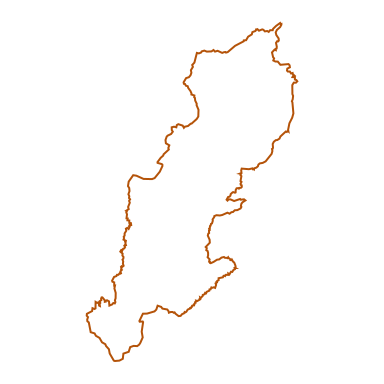 outline of Santa Rosa Del Sur, Bolívar, Colombia
{"feature_id": "7082276B21319796766403", "entity_name": "Santa Rosa Del Sur", "entity_type": "district", "adm_level": 2, "iso_a3": "COL", "parent_name": "Colombia", "parent_adm1": "Bolívar", "projection": "robinson", "projection_center": [-74.241, 7.761], "detail": "fine", "context": "isolated", "style": "outline", "palette": "amber", "viewbox_px": 384, "rotation_deg": 0, "n_neighbors": 0, "source": "geoboundaries", "source_scale": "gbopen_adm2", "svg_char_len": 5990}
<svg xmlns="http://www.w3.org/2000/svg" viewBox="0 0 384 384"><path d="M162.4,308.6L167.3,309.5L168.5,311.1L168.9,312.7L170.8,312.0L172.6,312.0L173.8,312.8L174.6,312.4L175.5,313.7L178.6,316.1L180.6,315.9L182.1,314.1L183.9,313.4L184.6,312.1L185.1,312.5L186.3,311.8L187.7,309.6L190.6,308.3L190.3,307.8L191.9,306.9L192.1,305.8L192.9,305.7L193.7,304.6L194.2,305.0L195.1,302.4L195.5,302.5L195.5,301.7L196.5,301.3L196.3,300.7L197.3,301.0L200.1,299.4L199.8,298.7L200.4,298.5L200.2,297.5L200.8,297.9L202.8,295.8L202.8,294.9L204.7,294.2L205.1,292.9L206.1,293.3L206.7,291.8L209.3,290.7L209.5,289.4L210.6,289.3L211.4,287.4L212.4,287.8L213.8,287.3L215.1,287.9L216.1,284.9L215.6,283.5L216.2,283.3L216.3,282.1L217.1,282.1L217.2,280.9L218.6,280.2L218.6,278.2L222.9,277.3L223.5,275.9L224.2,275.6L225.1,276.1L225.9,274.8L228.4,274.9L228.3,273.5L229.5,274.3L231.0,271.7L232.3,271.9L233.4,270.0L234.9,269.2L234.6,268.0L235.5,268.0L235.0,267.7L235.6,266.8L235.4,265.5L234.2,262.5L233.1,261.7L231.9,259.6L231.5,260.2L230.5,260.1L230.6,259.5L229.0,258.2L227.9,258.2L227.9,257.4L227.2,257.9L224.9,257.8L224.0,257.0L221.5,257.6L219.2,259.4L217.0,259.7L213.6,261.9L210.7,263.2L210.0,262.9L210.0,262.0L209.1,261.7L209.6,259.4L207.6,257.2L208.1,255.6L208.1,252.8L207.6,251.0L206.3,250.2L206.8,248.1L205.7,247.0L209.8,242.7L209.6,239.7L207.8,235.6L208.3,233.6L209.1,233.1L209.0,230.3L209.8,229.9L209.2,228.6L209.8,228.3L210.0,226.0L210.6,225.7L211.0,223.9L212.0,223.4L212.8,220.8L212.6,219.4L214.2,217.1L214.3,216.1L216.5,215.2L219.8,215.5L222.2,215.0L227.4,212.7L229.6,213.7L231.4,212.2L233.0,212.0L234.7,210.3L237.4,210.1L240.6,208.4L241.4,206.9L240.9,206.0L241.4,203.7L242.5,202.3L245.4,200.4L244.0,199.3L240.7,199.7L240.1,199.0L234.1,201.0L230.5,199.4L228.6,199.4L227.5,200.6L226.6,199.7L228.1,197.0L229.5,196.7L230.4,195.7L230.7,194.1L232.3,192.6L233.1,192.1L235.0,192.7L235.6,192.4L235.7,190.0L236.6,188.3L238.3,188.1L238.9,188.6L239.4,187.9L240.9,187.8L241.8,186.9L241.7,185.3L240.8,184.9L240.5,183.9L241.5,181.9L240.5,181.1L241.4,176.1L240.5,175.1L241.0,173.8L239.9,173.6L241.5,173.0L241.2,170.4L241.7,168.6L248.9,169.2L252.4,168.4L252.7,169.0L253.4,168.4L253.1,168.8L254.0,169.5L254.3,168.3L256.4,167.6L257.9,166.3L258.4,164.6L259.8,163.4L262.7,162.9L265.6,161.4L271.6,153.9L272.4,151.0L272.0,149.0L272.7,148.7L273.0,147.5L272.7,144.0L273.8,141.8L275.7,140.2L277.3,140.0L279.5,138.6L280.4,136.5L285.8,131.5L286.8,132.0L287.8,130.9L288.4,131.4L288.1,129.8L289.4,123.3L292.2,117.7L293.4,113.4L292.4,102.3L291.9,101.3L292.7,99.3L293.1,95.9L292.4,94.1L292.3,85.1L293.8,82.6L295.9,82.7L297.3,81.3L296.4,80.1L294.9,79.5L294.9,77.2L292.5,77.1L293.3,75.5L294.2,75.4L292.8,74.1L292.6,73.0L291.1,73.5L289.8,71.5L287.8,71.5L287.0,70.6L287.3,68.6L289.9,67.3L289.6,65.3L288.5,64.1L280.4,64.8L277.8,61.6L275.3,61.5L273.3,60.5L274.1,58.4L273.1,57.2L272.0,52.4L274.4,49.8L275.8,50.2L275.6,48.9L276.6,48.5L276.8,46.7L276.0,42.9L277.2,41.2L278.1,41.4L278.8,40.6L278.6,38.4L276.3,35.0L275.7,32.4L276.9,29.9L280.1,27.1L281.4,24.7L281.4,23.9L280.6,24.1L280.1,23.0L276.1,25.9L273.1,28.8L272.7,30.2L270.1,30.2L268.7,31.9L267.2,31.0L264.9,31.4L263.4,29.8L262.2,29.4L259.0,30.7L257.5,29.2L256.7,29.7L256.2,29.4L255.4,31.0L252.4,32.1L251.8,34.4L248.1,36.7L246.1,40.2L243.8,40.4L243.7,41.3L235.1,45.8L227.7,52.1L226.0,52.6L225.4,52.0L224.0,52.2L222.2,52.9L217.6,50.8L215.0,51.6L213.5,50.0L211.5,51.4L206.8,51.6L204.3,50.6L201.7,51.4L201.1,52.5L198.9,53.4L196.9,52.9L194.4,62.6L192.2,65.0L192.9,66.9L190.9,70.2L191.4,72.8L190.5,75.3L188.9,77.2L186.1,78.1L183.6,82.3L183.9,83.8L185.0,84.0L185.9,85.7L187.7,86.2L188.2,87.9L190.5,91.1L191.5,93.5L191.4,94.5L194.4,95.5L194.2,97.3L194.9,97.9L195.2,100.6L196.7,103.7L196.6,105.2L198.5,109.8L198.3,116.5L196.8,118.9L191.6,123.6L190.7,123.7L188.0,126.0L184.8,126.7L183.9,127.8L182.7,125.6L178.3,124.2L176.8,125.1L176.3,127.3L174.0,126.7L171.7,127.3L171.8,130.1L172.8,131.7L171.1,134.0L167.7,135.6L166.7,136.6L165.5,140.0L165.9,143.3L169.3,145.3L168.3,148.0L168.8,149.5L163.6,154.3L163.2,155.6L160.7,157.8L157.5,162.1L157.6,162.9L161.8,164.1L162.4,164.7L162.4,166.1L159.8,171.7L154.6,178.1L152.0,179.1L143.5,178.9L136.4,175.7L133.2,175.2L128.7,181.6L128.0,186.1L129.2,188.0L129.5,191.1L128.4,194.2L129.3,196.2L129.0,198.0L130.1,199.3L129.1,200.9L129.8,202.7L128.1,207.0L128.7,209.1L126.1,210.8L126.8,211.3L126.3,212.5L127.0,214.3L126.5,218.3L127.7,218.5L127.4,220.3L129.3,220.5L129.3,222.9L130.9,223.1L131.2,225.1L130.5,225.3L130.7,224.5L129.9,224.4L129.0,226.3L129.6,226.9L128.6,229.0L127.2,227.9L125.9,228.7L126.3,230.7L124.6,233.4L124.6,235.6L123.7,236.8L124.1,238.0L123.5,239.6L125.2,240.4L125.1,241.2L125.8,241.1L125.4,243.3L125.9,245.0L124.9,245.0L124.3,245.7L125.1,247.0L124.3,248.4L123.1,248.8L122.7,249.8L121.3,249.9L120.3,251.6L120.8,252.1L121.9,251.6L121.7,252.8L122.6,253.6L122.4,255.5L123.5,257.0L123.3,258.7L122.5,259.6L123.2,261.5L122.9,263.7L123.6,265.8L122.5,266.7L121.6,266.2L121.0,266.9L121.5,268.1L121.1,269.3L121.8,269.9L120.4,271.4L121.0,273.3L120.2,273.7L119.6,273.3L118.4,274.8L117.0,274.8L116.4,276.1L114.1,276.9L112.1,280.7L112.4,281.7L114.2,282.4L114.2,285.6L115.0,285.5L114.4,288.4L115.7,292.9L115.6,298.3L114.9,300.3L115.4,302.1L114.8,303.4L113.3,303.0L112.2,304.4L109.4,305.6L109.0,301.4L107.1,300.3L105.9,300.5L105.5,300.8L105.7,301.6L104.8,301.8L104.8,300.6L103.9,299.2L102.4,297.4L101.6,297.4L101.1,298.6L101.3,300.2L99.8,301.1L100.3,303.0L99.6,303.9L99.9,306.0L99.1,305.6L98.7,302.2L97.2,302.9L95.6,301.9L95.5,308.4L94.5,309.0L92.5,308.2L92.1,311.1L86.9,313.8L86.7,315.7L88.0,317.1L87.2,319.6L87.4,321.3L88.8,322.4L90.7,332.2L94.6,333.4L95.9,335.8L99.5,337.9L102.0,342.3L105.3,344.2L106.1,346.1L108.9,349.2L109.7,353.5L113.8,360.6L114.9,361.0L119.4,360.6L122.8,358.8L123.4,353.6L128.7,351.8L130.2,347.1L133.6,345.9L137.2,346.1L139.2,344.6L140.4,342.7L142.7,337.4L141.7,331.7L143.1,322.1L142.7,321.5L139.7,321.7L139.4,321.0L142.9,313.7L147.0,313.6L154.5,311.4L156.3,309.6L157.6,305.7L161.2,306.9L162.4,308.6Z" fill="none" stroke="#b45309" stroke-width="2"/></svg>